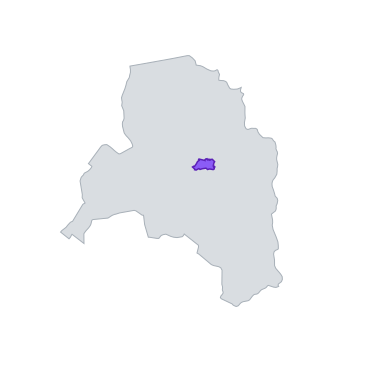 location of Rumbek East, Lakes, South Sudan, rotated 218°
{"feature_id": "79223893B32400871313636", "entity_name": "Rumbek East", "entity_type": "district", "adm_level": 2, "iso_a3": "SSD", "parent_name": "South Sudan", "parent_adm1": "Lakes", "projection": "robinson", "projection_center": [30.005, 6.745], "detail": "fine", "context": "in_parent", "style": "filled", "palette": "violet", "viewbox_px": 384, "rotation_deg": 218, "n_neighbors": 0, "source": "geoboundaries", "source_scale": "gbopen_adm2", "svg_char_len": 4220}
<svg xmlns="http://www.w3.org/2000/svg" viewBox="0 0 384 384"><g transform="rotate(218 192 192)"><path d="M289.0,285.8L279.8,296.4L279.1,297.0L278.0,297.8L274.2,297.9L270.3,297.3L266.8,294.6L263.1,296.7L260.8,297.4L259.5,297.6L256.2,298.0L251.7,299.1L249.6,300.5L248.5,301.6L247.6,303.7L247.1,303.9L246.3,303.7L245.2,302.8L242.7,301.6L241.5,299.0L240.4,297.4L239.5,296.6L235.6,299.2L233.7,299.8L232.2,299.8L229.4,298.3L226.3,297.0L224.8,297.1L222.4,298.6L219.7,301.0L218.3,303.3L217.6,304.7L216.7,302.5L215.8,301.2L214.4,300.7L211.9,301.2L211.2,300.5L211.1,298.7L210.7,297.0L210.1,295.8L208.1,294.5L202.9,292.0L199.0,286.9L197.0,284.6L195.6,283.1L193.5,279.1L191.2,276.4L188.3,275.1L186.4,275.7L184.5,278.7L180.9,281.4L179.2,281.5L177.1,280.0L174.4,279.0L169.5,278.5L167.5,279.8L164.9,281.9L162.7,283.2L161.3,283.3L160.1,282.8L158.6,282.5L157.4,282.5L154.8,280.6L153.4,279.2L152.5,277.8L151.1,276.9L149.4,276.1L148.2,274.9L147.6,273.4L146.6,271.4L145.3,269.7L141.4,266.6L140.2,264.7L139.4,262.9L137.8,260.9L136.1,258.2L135.5,254.3L135.5,251.2L135.1,249.8L134.4,248.3L133.5,247.1L132.2,245.7L129.0,243.7L125.6,241.3L124.0,240.0L121.0,239.5L119.2,238.1L117.7,235.2L117.1,232.8L115.6,231.0L114.9,229.7L114.6,228.2L115.8,223.5L114.0,221.9L111.4,219.7L109.5,217.4L108.4,215.3L105.1,212.4L97.7,208.2L93.5,205.5L91.2,203.1L89.2,200.7L89.0,199.7L90.3,197.4L90.5,195.4L89.5,193.3L85.1,189.2L81.6,184.8L79.0,183.4L72.6,182.1L70.8,181.6L68.8,180.8L67.0,178.8L66.3,176.4L67.3,172.6L66.7,171.4L65.6,171.1L65.9,170.3L67.1,168.5L69.1,167.3L74.4,165.4L74.7,164.7L74.8,162.3L75.2,161.2L77.0,157.9L77.3,156.6L77.4,153.8L77.6,152.5L78.1,151.5L79.6,149.9L80.1,148.9L80.3,146.8L80.2,142.5L80.9,140.8L84.2,137.0L85.1,135.3L85.4,133.7L85.4,132.2L85.6,130.6L86.6,129.1L87.5,128.7L89.9,128.2L91.6,128.5L103.2,125.9L104.6,126.2L105.2,127.8L105.1,130.3L105.3,131.5L105.9,132.3L107.8,133.5L109.1,135.5L109.7,136.2L111.6,137.6L120.2,148.9L122.7,150.0L125.0,149.6L129.8,147.3L132.1,146.7L148.6,147.3L150.4,147.0L150.5,147.0L153.0,152.7L154.2,154.0L172.3,154.1L171.9,152.5L172.2,150.7L175.4,147.2L175.8,146.8L178.6,145.1L181.3,144.0L186.6,142.7L188.5,140.6L189.5,138.7L189.6,135.0L190.3,134.4L191.5,133.6L197.6,130.2L198.6,129.5L209.3,137.2L215.3,143.3L215.7,143.6L216.0,143.8L216.3,143.5L216.6,143.3L217.3,143.0L219.9,142.9L224.7,142.6L226.3,141.9L236.1,131.0L238.5,127.5L239.2,126.8L240.6,124.3L242.0,120.1L242.3,119.6L253.0,109.4L253.4,108.6L253.5,108.0L251.9,104.5L251.5,102.8L251.4,100.1L251.7,95.9L251.6,93.3L251.5,92.6L251.4,92.4L245.4,84.9L260.5,84.8L260.5,83.9L260.4,83.6L260.2,82.7L260.0,81.5L260.0,80.8L260.1,80.2L260.1,79.9L260.0,79.6L260.1,79.4L270.9,79.5L270.8,81.6L269.5,86.6L269.5,89.6L269.2,93.0L268.9,94.0L268.3,94.9L268.1,95.3L268.1,95.6L270.4,114.8L270.3,115.6L269.7,116.8L269.5,117.1L269.5,117.5L274.7,119.7L275.0,119.9L275.1,120.0L276.9,122.5L286.8,131.6L287.1,132.0L288.2,134.9L288.3,135.3L288.3,136.0L288.3,136.5L288.1,138.2L288.1,139.0L288.3,139.5L288.4,140.1L288.4,140.3L288.4,140.7L286.9,144.0L286.4,146.3L286.3,148.3L286.4,149.4L286.5,150.2L286.7,150.5L286.8,150.6L291.1,150.6L291.1,151.6L291.6,168.9L291.7,170.9L291.5,173.3L291.0,174.2L289.8,175.6L288.3,176.9L284.5,177.2L281.3,177.1L279.0,176.9L275.9,176.8L273.0,177.0L272.0,178.1L268.1,187.3L267.0,189.6L266.6,190.9L267.0,191.7L268.5,192.9L271.8,194.5L275.6,195.4L278.4,195.8L280.3,196.3L281.8,196.8L287.2,201.0L288.9,202.9L289.9,204.6L290.1,206.4L290.9,208.3L295.8,214.0L300.5,216.7L302.3,219.8L304.0,221.3L305.6,222.9L306.5,225.3L308.5,232.2L309.9,235.8L311.3,238.8L311.9,243.6L313.0,245.7L314.1,248.3L316.0,250.7L318.0,252.5L318.4,253.0L298.2,275.5L289.0,285.8Z" fill="#d9dde1" stroke="#a8b0b8" stroke-width="1"/><path d="M206.8,222.3L206.8,221.7L205.8,221.4L206.4,219.5L205.9,216.7L205.8,213.7L206.6,213.3L207.0,212.0L203.8,211.7L203.6,211.2L202.3,211.8L201.0,214.7L199.6,214.7L198.1,216.8L195.6,219.4L193.6,219.3L192.3,221.0L189.1,222.7L188.7,223.9L189.5,225.0L189.4,225.8L190.2,225.9L190.3,225.0L191.3,225.6L192.7,228.5L192.8,229.8L194.6,230.1L196.4,230.2L196.9,229.3L197.5,229.0L197.4,228.1L197.7,227.9L198.9,228.3L199.1,227.0L200.1,227.0L200.6,227.5L201.5,226.5L201.7,225.2L201.2,224.8L206.8,222.3Z" fill="#8b5cf6" stroke="#5b21b6" stroke-width="1.5"/></g></svg>